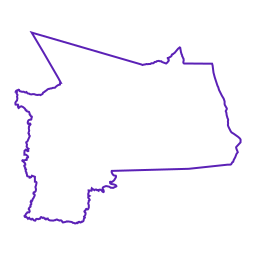 Novo Repartimento, Pará, Brazil
{"feature_id": "56859067B50073912473669", "entity_name": "Novo Repartimento", "entity_type": "district", "adm_level": 2, "iso_a3": "BRA", "parent_name": "Brazil", "parent_adm1": "Pará", "projection": "mercator", "projection_center": [-50.465, -4.525], "detail": "fine", "context": "isolated", "style": "outline", "palette": "violet", "viewbox_px": 256, "rotation_deg": 0, "n_neighbors": 0, "source": "geoboundaries", "source_scale": "gbopen_adm2", "svg_char_len": 5649}
<svg xmlns="http://www.w3.org/2000/svg" viewBox="0 0 256 256"><path d="M24.8,216.8L25.2,217.0L25.5,216.6L26.0,216.6L26.4,216.9L26.9,217.6L27.3,217.9L27.7,218.0L27.7,218.4L28.0,218.8L29.2,217.8L30.0,218.9L30.9,219.4L31.3,219.5L32.0,218.8L32.5,218.8L33.7,220.2L35.1,220.7L35.5,220.4L35.8,219.4L36.1,219.1L36.6,218.9L37.3,218.9L38.2,219.2L39.2,218.8L39.7,218.9L40.1,218.6L40.5,217.6L40.8,217.2L41.4,217.1L42.5,217.9L43.4,217.6L43.8,217.7L44.7,218.8L45.1,218.9L45.5,218.6L45.9,218.8L46.1,219.2L46.5,218.8L47.4,218.5L47.8,218.5L48.1,219.4L48.7,219.9L49.6,220.2L49.9,220.4L53.4,220.6L54.9,220.1L55.5,220.1L56.2,219.6L56.7,219.5L57.3,219.6L57.6,219.9L59.0,220.3L59.3,220.6L60.9,220.3L61.7,220.8L62.5,222.1L63.0,222.5L63.7,222.2L64.3,222.2L65.9,221.8L66.8,221.4L67.3,221.6L67.9,221.4L71.8,222.0L73.0,222.9L73.4,222.8L74.4,223.1L74.8,223.4L75.8,223.4L76.6,222.8L77.4,223.2L77.8,223.0L78.3,222.0L78.7,221.9L79.5,221.9L79.8,222.3L80.7,222.5L81.6,221.7L82.0,221.9L82.4,221.7L83.2,221.2L83.5,220.8L83.9,218.8L84.6,218.0L84.8,217.6L84.1,217.1L84.0,216.6L84.7,216.0L85.4,214.7L85.6,213.3L85.5,212.8L84.8,212.3L84.4,211.5L84.6,211.0L85.4,210.6L85.7,209.6L85.9,209.2L86.4,208.9L87.3,209.4L87.8,209.4L88.2,209.0L88.8,207.5L88.8,205.1L88.2,203.5L88.3,202.9L88.7,202.0L88.8,200.7L89.4,200.4L89.7,200.0L89.6,199.5L88.3,197.8L88.2,197.4L88.3,196.8L89.6,195.9L89.0,195.5L88.3,195.4L88.2,193.9L88.9,191.8L88.6,190.9L88.6,190.4L91.5,190.7L91.9,189.8L91.6,188.9L91.8,188.3L92.5,188.9L94.5,190.2L95.2,189.6L96.2,189.5L96.6,189.7L96.9,190.1L98.0,190.0L98.1,190.5L98.6,190.8L98.9,190.0L99.3,189.7L100.4,189.7L101.5,190.3L102.5,191.6L103.3,192.1L103.7,191.9L103.8,191.5L103.5,190.1L102.7,188.9L102.6,188.3L102.9,187.5L103.8,186.9L105.9,186.1L106.4,186.1L109.2,186.7L110.9,187.8L111.4,187.7L113.1,187.9L115.6,186.7L116.0,186.6L116.4,186.2L116.2,185.7L115.6,185.1L113.8,184.4L111.3,184.0L110.5,183.5L110.1,183.0L110.1,181.9L110.7,181.7L111.7,182.0L112.3,181.8L114.1,180.3L115.9,177.3L116.0,176.7L116.0,176.2L115.8,175.7L114.0,175.5L112.8,174.5L111.8,172.6L111.6,171.9L111.8,170.9L188.8,168.8L227.3,164.7L230.6,164.6L231.2,164.2L232.3,162.3L233.2,161.8L233.7,160.0L235.2,157.3L236.5,153.9L237.8,152.2L236.4,148.7L236.1,147.4L236.3,146.9L240.5,142.4L240.6,140.0L240.5,139.4L239.9,138.5L238.3,137.0L233.8,133.8L231.5,132.4L230.6,131.1L228.6,127.1L228.0,125.5L227.9,124.9L228.1,123.5L227.9,121.4L228.1,120.3L228.1,119.4L227.3,117.6L227.2,116.9L226.7,115.4L226.3,112.4L225.8,111.5L225.8,110.9L226.7,109.4L226.8,108.4L224.9,105.1L224.6,104.1L224.6,101.4L223.7,98.7L221.9,95.7L219.0,89.9L218.2,87.1L217.5,85.8L214.7,77.2L213.5,72.6L212.6,65.5L212.1,63.7L184.0,63.5L183.5,63.0L183.3,62.2L183.7,60.3L183.5,58.6L183.0,57.9L182.5,56.6L182.1,56.0L182.1,55.1L181.5,54.1L181.4,53.3L181.1,52.8L180.2,47.7L179.7,47.4L178.0,48.8L174.6,52.9L173.5,53.6L173.1,54.1L172.4,54.2L171.9,54.6L171.7,55.0L171.7,55.6L170.8,56.6L168.9,57.6L168.7,58.0L167.8,58.0L167.8,58.5L168.5,59.2L168.5,59.7L168.8,60.1L168.7,60.8L167.9,61.6L167.5,62.4L166.1,63.5L162.3,62.1L161.7,61.8L161.4,61.3L159.6,61.2L159.0,60.9L158.6,60.9L156.8,61.2L156.2,61.8L154.6,62.0L153.8,62.9L153.1,63.3L151.6,63.2L151.2,63.3L150.6,63.9L150.2,64.0L148.5,64.0L147.9,64.2L146.4,64.0L145.8,64.3L143.4,64.7L142.5,65.0L141.5,64.5L31.7,32.6L43.7,52.8L58.5,78.4L60.9,82.9L60.3,82.9L59.9,83.2L60.0,84.5L57.7,85.3L55.9,86.7L55.0,87.7L52.7,87.9L51.6,88.4L50.2,88.5L49.3,88.9L48.6,88.9L47.5,89.4L46.7,90.2L44.9,91.4L44.5,91.9L43.4,92.4L43.0,92.8L42.7,93.7L42.3,94.1L40.5,95.1L40.1,94.8L38.5,94.8L37.6,95.0L37.2,94.9L36.3,94.9L34.0,94.1L32.8,94.1L31.5,94.4L30.0,94.2L29.1,93.6L27.9,93.5L27.3,93.1L26.7,92.3L26.4,92.0L25.5,92.5L24.7,92.3L24.1,91.9L23.5,91.7L22.1,91.8L19.6,91.1L19.1,89.9L18.6,89.7L17.4,90.3L16.9,90.4L16.2,90.8L15.7,91.8L16.9,92.2L16.5,93.3L17.0,94.2L17.4,94.6L17.4,95.4L17.0,96.7L17.4,98.2L17.0,100.5L16.0,101.6L15.4,102.6L15.4,104.0L15.6,104.6L18.0,104.7L18.2,105.3L17.9,106.8L18.3,107.2L18.6,108.0L19.0,107.8L20.1,106.7L21.4,106.3L23.1,107.1L24.8,108.5L25.3,109.2L25.3,109.7L25.8,110.2L26.4,110.3L26.5,111.0L27.2,111.4L29.0,111.9L29.7,113.7L29.6,114.4L29.9,114.9L30.4,115.1L30.6,115.8L30.9,116.2L31.7,116.5L31.9,116.9L31.4,118.4L31.4,119.1L31.1,119.6L29.5,119.8L28.6,120.2L28.0,121.2L27.8,122.0L27.7,122.9L28.1,123.8L28.7,124.1L29.1,123.5L29.8,123.5L30.2,123.6L30.5,124.4L29.0,126.3L28.9,126.8L29.0,127.4L28.8,127.8L28.8,128.3L29.2,130.7L28.4,133.2L28.6,133.6L29.0,133.8L29.0,134.7L29.8,136.0L27.4,141.4L26.2,142.3L26.4,143.2L27.0,144.5L26.6,146.6L26.8,147.0L27.3,147.5L27.7,148.4L28.5,148.8L28.2,149.2L28.3,151.0L27.9,151.2L27.4,151.1L26.3,149.8L25.8,149.6L24.5,150.9L24.6,151.3L24.4,152.1L24.4,154.7L25.5,154.6L26.1,154.8L26.5,155.2L27.4,155.7L27.6,156.2L28.1,156.9L28.1,157.3L27.8,157.6L27.0,157.8L26.7,158.2L26.6,159.0L26.8,159.4L26.7,159.9L26.2,160.0L25.3,160.0L24.4,160.4L22.6,160.2L22.3,160.6L22.5,161.1L23.3,161.5L24.3,162.6L24.7,162.8L25.3,164.0L25.3,164.8L24.4,165.4L24.2,165.7L24.5,166.7L25.2,167.4L25.3,167.9L25.1,168.7L25.3,169.0L25.8,169.1L26.1,169.4L25.7,170.3L25.7,171.2L25.8,171.6L26.5,172.5L26.4,173.4L26.9,174.1L27.0,175.4L27.3,176.2L29.5,176.8L29.6,177.7L30.0,177.7L31.2,177.1L31.9,175.7L34.9,176.8L34.9,181.7L35.9,181.8L36.3,182.1L36.5,182.6L36.5,183.0L36.0,185.5L35.4,187.0L36.0,189.2L35.8,190.6L35.6,191.2L35.0,191.9L33.7,192.4L33.4,193.3L33.5,193.8L34.6,194.5L34.7,195.5L33.4,198.2L32.8,198.9L32.2,200.8L31.6,200.8L31.2,200.7L30.7,201.6L30.8,202.4L31.3,202.6L31.2,204.4L30.5,204.9L30.4,205.3L30.6,206.4L30.4,206.9L29.9,207.1L28.8,208.5L28.8,209.4L29.2,209.6L29.4,210.0L29.7,211.4L29.2,212.3L27.4,212.3L26.9,213.1L26.2,213.6L25.2,215.4L24.5,216.0L24.8,216.8Z" fill="none" stroke="#5b21b6" stroke-width="2"/></svg>